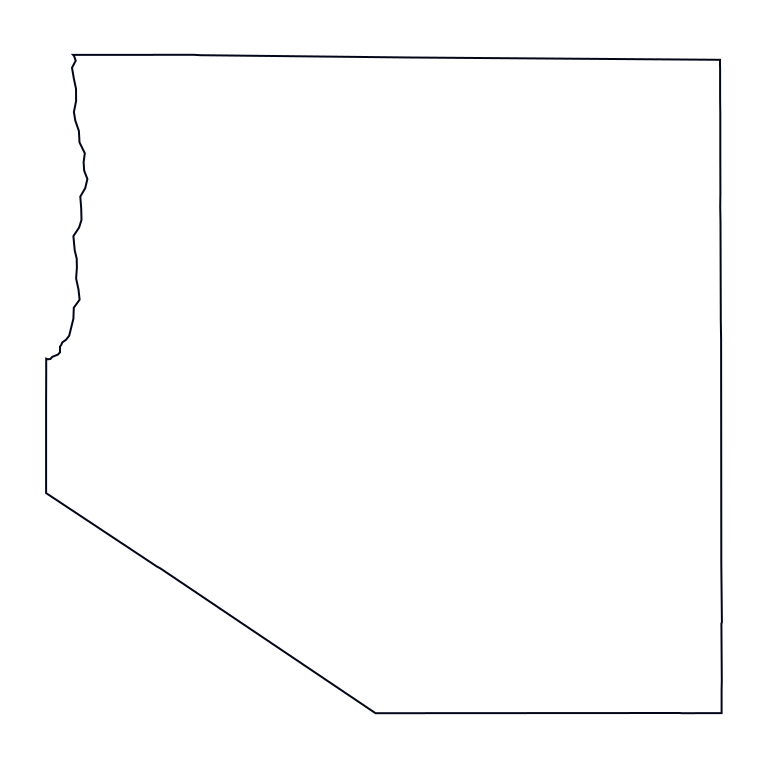 White Pine, Nevada, United States of America
{"feature_id": "52423323B32656881789588", "entity_name": "White Pine", "entity_type": "district", "adm_level": 2, "iso_a3": "USA", "parent_name": "United States of America", "parent_adm1": "Nevada", "projection": "natural_earth1", "projection_center": [-115.297, 39.403], "detail": "fine", "context": "isolated", "style": "outline", "palette": "ink", "viewbox_px": 768, "rotation_deg": 0, "n_neighbors": 0, "source": "geoboundaries", "source_scale": "gbopen_adm2", "svg_char_len": 943}
<svg xmlns="http://www.w3.org/2000/svg" viewBox="0 0 768 768"><path d="M46.1,493.1L157.0,566.6L160.2,568.3L375.5,713.2L679.8,713.0L682.1,713.2L721.6,713.1L721.6,689.6L721.8,680.2L721.4,623.4L721.8,622.8L721.9,621.7L721.3,564.1L721.1,339.6L720.8,320.2L720.5,221.9L720.2,206.2L720.4,194.0L720.3,155.4L720.3,114.2L720.1,99.2L720.1,68.4L720.0,65.6L720.0,59.8L410.6,57.5L200.4,55.2L193.9,54.8L73.1,54.9L74.1,56.0L75.7,60.7L72.0,67.7L73.9,78.9L76.0,88.7L76.1,101.0L73.9,112.0L75.3,120.6L78.9,131.0L79.5,142.4L84.8,153.2L83.6,162.4L84.2,170.8L87.4,179.0L85.2,188.2L80.3,196.6L81.2,208.4L81.5,219.9L79.1,227.5L73.4,236.1L74.7,250.3L76.7,258.6L76.9,267.7L76.1,278.5L78.5,289.5L79.6,299.7L73.8,307.7L73.4,318.7L70.5,330.4L69.2,335.7L66.2,339.6L64.3,341.0L62.4,342.3L61.2,345.0L60.0,346.6L60.0,352.3L57.9,354.6L52.2,356.9L50.4,359.0L47.7,359.3L46.2,358.7L46.2,375.9L46.1,401.3L46.1,466.3L46.1,493.1Z" fill="none" stroke="#020617" stroke-width="2"/></svg>